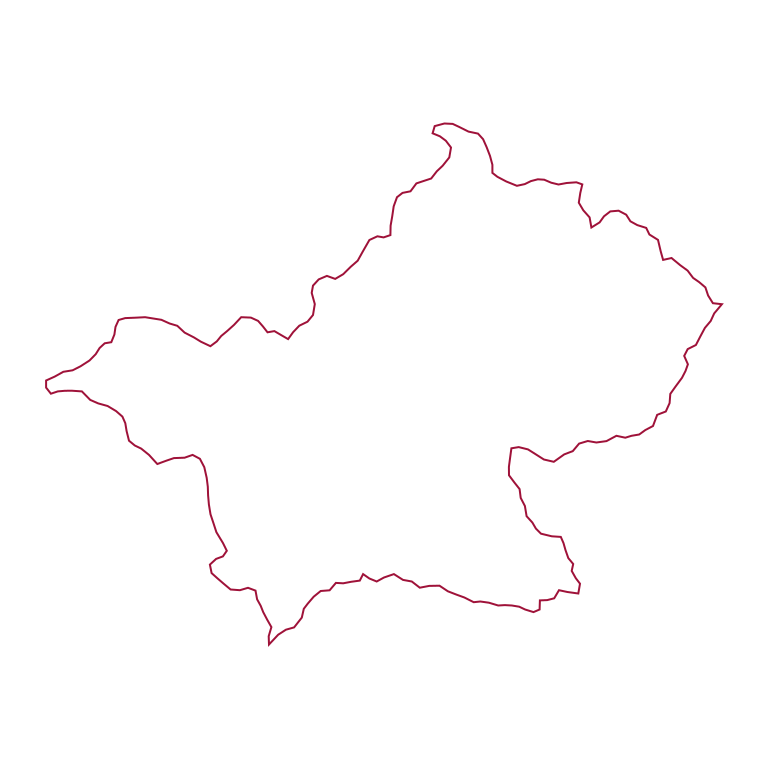 the district of Alvorada de Minas, Minas Gerais, Brazil
{"feature_id": "56859067B93415811107896", "entity_name": "Alvorada de Minas", "entity_type": "district", "adm_level": 2, "iso_a3": "BRA", "parent_name": "Brazil", "parent_adm1": "Minas Gerais", "projection": "albers", "projection_center": [-43.373, -18.776], "detail": "fine", "context": "isolated", "style": "outline", "palette": "rose", "viewbox_px": 768, "rotation_deg": 0, "n_neighbors": 0, "source": "geoboundaries", "source_scale": "gbopen_adm2", "svg_char_len": 3279}
<svg xmlns="http://www.w3.org/2000/svg" viewBox="0 0 768 768"><path d="M721.9,304.2L712.9,303.2L708.1,295.5L705.4,287.4L699.0,282.0L693.1,277.9L687.6,270.6L680.1,265.1L671.5,258.0L663.1,259.9L660.7,251.3L658.0,239.9L649.4,234.5L646.2,227.9L637.3,225.1L630.4,221.3L626.2,214.7L618.6,210.7L610.3,211.4L604.0,216.3L599.6,222.4L591.4,227.5L589.6,217.4L583.3,210.3L578.8,202.7L580.3,192.9L582.3,184.4L576.4,182.3L566.7,183.0L558.5,184.5L551.2,182.7L544.2,179.7L537.8,179.3L530.9,181.1L524.8,184.1L516.9,185.8L506.3,181.5L497.4,176.8L492.4,172.9L492.4,164.8L490.0,155.9L486.6,147.1L483.1,139.2L478.0,133.6L468.5,131.6L458.9,126.8L452.7,123.9L444.4,123.5L434.7,126.1L432.6,133.3L439.9,136.3L445.8,140.7L451.0,147.5L449.3,157.4L442.7,165.7L436.8,171.3L431.2,178.5L423.0,181.2L416.4,183.4L410.5,191.3L402.5,192.9L397.0,197.2L393.7,206.3L392.2,216.5L390.6,225.7L390.4,235.1L383.6,237.4L377.4,236.3L369.4,240.0L362.8,251.5L357.7,260.7L350.7,266.8L343.2,274.2L335.2,278.9L326.9,275.9L318.7,279.4L313.0,285.6L311.7,292.9L314.8,304.1L313.0,315.0L307.5,321.7L299.3,325.7L293.1,332.2L288.1,339.1L281.2,335.1L274.4,331.1L267.5,332.3L262.9,326.4L258.1,320.9L250.9,317.6L241.2,317.2L234.0,324.9L227.1,331.1L221.2,336.0L216.8,341.4L210.4,346.2L200.9,341.7L193.9,337.4L184.6,332.6L177.3,325.8L169.6,323.5L161.4,319.8L145.1,317.2L135.2,317.7L125.2,318.1L118.6,320.0L115.5,326.9L114.4,334.5L111.3,342.2L104.7,343.3L99.6,348.0L95.7,354.2L89.5,360.5L80.5,366.3L72.6,370.3L63.3,371.8L54.7,376.6L46.1,380.5L46.1,387.6L50.9,393.7L57.8,391.4L64.7,390.8L71.5,390.7L81.9,391.4L90.2,399.9L98.2,403.4L107.6,406.0L116.1,411.1L122.4,416.6L125.3,423.2L126.6,431.1L129.0,440.7L134.8,445.5L141.2,448.6L149.0,454.9L157.3,464.0L166.3,460.7L173.9,458.1L184.6,457.7L192.6,454.9L199.9,458.8L204.3,467.2L206.7,477.9L207.8,486.7L208.1,495.4L208.9,504.5L210.5,514.3L213.3,522.7L216.4,532.2L223.0,543.1L226.8,550.8L222.9,556.4L216.1,558.9L209.9,564.6L211.6,573.1L217.4,578.3L223.3,583.4L230.6,589.5L239.9,590.2L248.0,587.8L255.5,590.6L257.1,599.3L260.7,605.8L263.2,612.1L267.2,619.7L271.4,627.1L268.7,636.2L269.0,644.5L278.2,634.7L285.9,629.7L294.1,627.4L301.8,617.6L303.8,608.8L307.7,603.7L313.7,596.7L320.7,591.0L329.6,590.3L335.9,582.9L343.2,583.3L351.1,581.8L359.8,580.6L363.1,574.1L369.4,578.5L376.7,581.5L384.0,577.5L393.9,574.1L403.0,579.9L411.8,581.5L419.8,587.7L429.2,585.9L439.5,585.7L447.9,591.3L456.4,594.6L464.4,597.5L473.7,602.2L480.3,601.5L488.9,602.7L498.2,605.5L504.8,605.1L511.9,605.5L519.2,606.7L525.1,609.5L533.5,612.1L539.6,609.5L539.9,600.4L547.2,600.1L554.2,598.3L559.0,590.2L567.4,592.0L578.3,593.5L580.0,583.7L575.8,578.2L571.7,570.9L573.2,564.0L568.3,558.1L565.5,550.1L563.5,543.1L560.8,536.9L551.8,536.3L541.0,533.7L535.9,528.6L532.4,522.6L526.6,516.2L524.9,506.0L520.7,497.9L519.6,489.1L514.4,482.5L509.0,475.3L508.9,466.9L510.1,457.8L511.4,448.3L518.7,447.1L528.0,449.4L535.9,454.4L543.9,459.5L553.8,461.8L564.2,454.4L572.8,451.1L579.1,443.6L587.8,441.0L596.4,442.5L606.5,441.1L616.4,435.8L625.3,437.7L631.5,435.8L639.2,434.5L645.4,430.0L653.0,426.0L657.2,414.8L665.8,411.5L669.6,403.1L670.3,393.9L675.5,386.6L682.0,377.8L685.5,371.0L687.9,364.3L684.2,355.9L687.7,349.1L695.9,345.0L700.4,336.3L704.9,327.9L710.7,321.0L714.2,313.4L721.9,304.2Z" fill="none" stroke="#9f1239" stroke-width="2"/></svg>